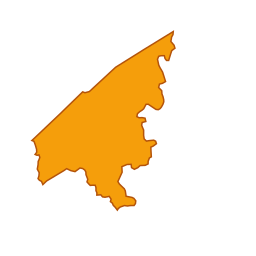 Três Ranchos, Goiás, Brazil (Mercator projection), rotated 315°
{"feature_id": "56859067B84433835095202", "entity_name": "Três Ranchos", "entity_type": "district", "adm_level": 2, "iso_a3": "BRA", "parent_name": "Brazil", "parent_adm1": "Goiás", "projection": "mercator", "projection_center": [-47.783, -18.367], "detail": "fine", "context": "isolated", "style": "filled", "palette": "amber", "viewbox_px": 256, "rotation_deg": 315, "n_neighbors": 0, "source": "geoboundaries", "source_scale": "gbopen_adm2", "svg_char_len": 1812}
<svg xmlns="http://www.w3.org/2000/svg" viewBox="0 0 256 256"><g transform="rotate(315 128 128)"><path d="M228.2,91.8L194.0,83.6L190.4,82.8L162.2,76.3L126.4,74.9L122.5,72.6L121.5,70.4L94.6,70.0L91.7,70.0L51.2,68.9L52.1,70.9L50.4,74.6L48.3,78.4L46.3,80.6L43.6,81.0L44.4,83.0L46.0,84.1L44.9,86.4L43.1,87.3L40.9,88.1L38.4,90.4L34.8,92.9L33.6,96.8L31.1,98.9L28.6,100.2L28.4,102.3L29.1,104.6L27.8,107.8L33.0,107.9L52.2,112.7L55.9,113.4L57.4,117.7L59.7,121.4L65.7,122.3L67.3,124.6L67.7,127.1L67.1,129.3L65.3,131.3L63.3,135.8L60.9,137.1L60.7,139.6L60.7,141.9L62.6,143.5L64.3,145.3L63.2,147.5L61.0,149.7L60.2,151.8L58.5,153.4L61.5,156.0L61.3,158.7L62.8,160.7L66.4,163.1L65.7,166.4L63.5,167.6L63.8,170.1L62.9,172.3L62.9,175.0L62.4,178.5L64.3,178.1L66.7,178.4L70.6,180.3L72.5,182.8L74.6,184.3L77.5,187.1L79.8,186.7L82.0,185.0L82.4,181.9L81.8,180.0L78.4,174.9L81.6,170.6L82.4,168.4L82.3,164.3L82.3,161.4L83.0,158.7L92.6,155.1L96.3,151.0L101.5,153.1L104.5,155.9L102.5,158.5L103.3,161.7L106.9,163.0L110.0,163.1L113.8,166.6L116.8,167.6L118.7,165.8L122.0,164.3L124.1,164.9L128.1,160.4L130.6,157.7L133.0,158.6L137.0,159.2L138.2,156.9L137.6,154.8L133.8,151.7L131.8,150.3L131.7,147.2L133.8,144.3L137.6,140.5L138.6,138.0L139.6,135.7L141.9,134.1L145.2,136.0L147.0,133.1L145.3,130.6L143.1,128.6L142.3,126.2L144.8,124.6L147.7,124.7L150.3,125.3L152.7,125.5L157.5,124.0L159.1,125.5L160.9,134.6L162.4,136.5L164.5,137.0L166.5,136.8L169.3,136.0L171.8,134.8L173.3,133.2L174.9,130.6L176.1,127.9L178.2,125.5L178.3,121.0L181.3,119.2L184.0,120.8L187.4,121.7L192.0,112.9L193.3,107.9L194.2,105.3L197.5,100.2L200.4,99.0L202.3,100.1L204.8,102.5L203.3,105.1L203.0,107.5L204.5,109.0L210.5,105.8L213.7,104.2L217.6,104.8L219.1,102.0L219.5,97.1L221.4,95.8L223.2,94.5L225.8,93.8L228.2,91.8Z" fill="#f59e0b" stroke="#b45309" stroke-width="1.5"/></g></svg>